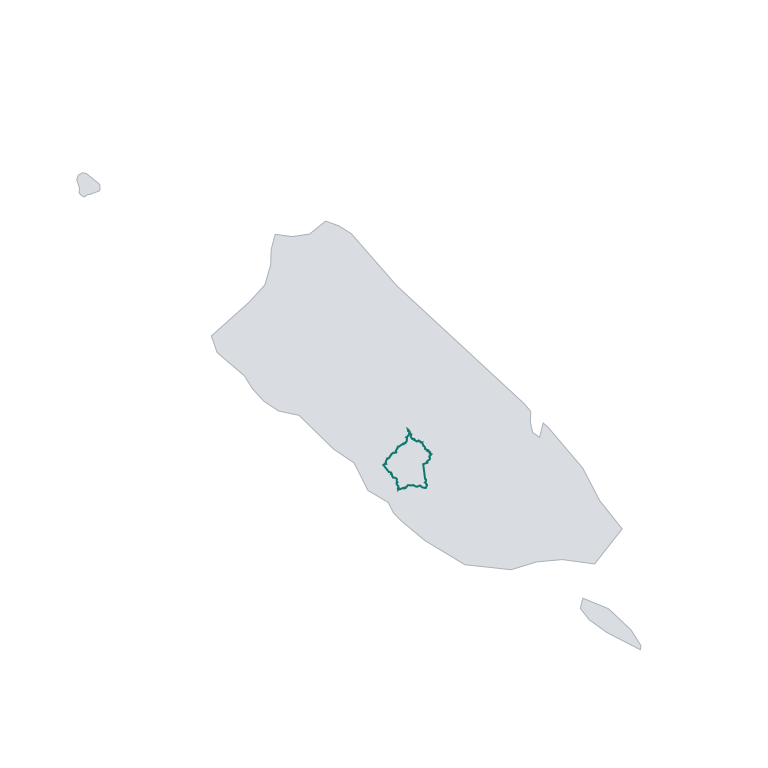 Coamo, Puerto Rico (highlighted), rotated 41°
{"feature_id": "32010507B26629522791293", "entity_name": "Coamo", "entity_type": "district", "adm_level": 2, "iso_a3": "PRI", "parent_name": "Puerto Rico", "parent_adm1": "", "projection": "robinson", "projection_center": [-66.366, 18.096], "detail": "fine", "context": "in_parent", "style": "outline", "palette": "teal", "viewbox_px": 768, "rotation_deg": 41, "n_neighbors": 0, "source": "geoboundaries", "source_scale": "gbopen_adm2", "svg_char_len": 3942}
<svg xmlns="http://www.w3.org/2000/svg" viewBox="0 0 768 768"><g transform="rotate(41 384 384)"><path d="M519.4,316.7L528.0,323.1L536.4,322.2L529.7,309.0L535.9,309.0L589.2,317.1L623.5,330.6L658.8,337.1L661.0,381.6L633.9,399.4L616.1,417.9L601.7,440.8L563.7,467.3L517.8,475.3L487.3,476.0L475.9,475.1L464.8,470.6L441.8,474.9L413.3,463.2L388.9,466.2L340.4,463.4L322.3,473.5L304.9,475.8L287.8,473.9L273.3,469.4L237.4,469.7L222.2,461.0L228.6,410.3L229.1,387.4L220.3,368.4L210.6,356.5L203.7,342.4L217.8,333.2L229.4,319.7L233.1,299.4L245.8,294.4L260.6,292.0L329.3,301.5L503.0,306.9L512.8,308.5L519.4,316.7ZM715.4,425.3L693.6,427.3L679.4,424.6L674.6,415.2L701.0,406.3L731.9,407.6L749.6,412.9L751.8,416.4L715.4,425.3ZM34.2,439.9L31.5,440.2L28.9,439.9L27.8,439.0L26.0,436.1L18.0,431.3L16.2,426.9L18.0,422.3L21.3,420.4L37.4,419.9L39.0,420.3L42.2,423.6L42.3,425.8L40.7,428.1L37.9,433.6L36.7,435.0L35.7,436.5L35.4,439.0L34.2,439.9Z" fill="#d9dde1" stroke="#a8b0b8" stroke-width="1"/><path d="M451.4,403.5L451.2,403.1L450.9,403.7L450.2,403.9L449.9,403.6L449.1,404.0L448.7,403.7L448.3,404.0L448.0,403.8L447.2,403.9L447.2,404.4L446.8,405.3L446.5,405.4L446.3,405.9L445.3,406.0L444.6,406.1L443.8,406.4L443.6,405.8L442.9,405.6L442.5,406.1L442.2,406.6L441.2,406.9L441.0,406.6L440.3,406.8L439.6,406.4L439.1,406.3L438.3,405.9L438.0,405.3L438.0,404.7L437.6,404.1L437.2,404.4L436.3,404.4L435.9,404.2L435.5,403.7L434.1,402.9L431.9,402.6L431.7,402.6L432.1,402.9L432.9,403.3L433.1,403.7L434.5,403.6L435.0,403.9L435.9,405.8L436.1,406.6L436.0,406.8L436.2,408.0L436.2,408.6L435.9,408.9L436.2,409.1L436.1,409.5L436.4,409.4L437.2,410.2L437.4,410.7L437.8,410.9L438.3,411.9L438.5,412.0L438.8,412.7L438.6,413.1L438.6,413.9L438.9,414.4L438.5,414.5L438.2,415.7L438.3,416.2L437.8,416.1L437.6,416.7L437.4,416.8L437.4,417.8L437.0,418.7L436.7,419.7L436.6,421.2L435.6,421.9L435.6,422.4L435.9,423.2L436.4,423.7L436.3,424.6L436.5,425.0L436.7,426.5L437.0,426.9L437.8,427.2L438.2,427.6L438.1,427.9L437.4,428.1L437.1,428.7L437.1,429.1L436.5,429.4L436.0,430.0L436.1,430.5L435.6,431.7L435.9,432.5L435.7,432.8L436.1,434.0L435.8,434.7L436.5,436.2L436.0,437.3L435.5,437.7L435.8,437.9L435.4,438.8L435.6,439.0L436.3,441.6L436.8,442.1L437.4,442.2L437.4,442.5L437.0,443.1L437.0,443.6L437.5,443.5L436.9,444.3L436.6,445.5L445.5,447.2L446.1,446.7L447.4,446.2L448.0,446.4L448.2,446.9L448.3,446.7L449.5,447.1L450.3,448.0L451.1,448.2L452.0,448.7L452.2,448.4L452.8,448.3L453.5,447.7L455.0,447.2L456.2,447.3L456.7,448.3L457.6,449.1L458.5,449.3L458.3,449.7L458.5,450.1L458.5,450.7L458.6,450.8L459.4,451.2L459.8,451.2L460.1,451.4L460.4,451.5L460.6,451.7L460.8,451.7L461.0,451.6L461.5,451.7L462.0,451.8L462.1,452.1L462.4,452.5L462.6,452.8L463.0,453.1L463.0,453.7L463.3,454.0L463.6,453.7L463.9,454.1L463.9,453.6L463.5,452.9L464.0,452.8L464.9,453.2L465.5,452.4L465.9,451.2L466.5,450.2L466.7,449.6L467.4,449.5L467.8,449.6L468.0,449.0L468.6,448.4L468.4,448.0L468.0,447.8L468.6,446.5L468.3,444.9L469.3,443.8L469.7,443.7L471.0,442.9L471.1,442.6L471.7,442.0L472.0,441.5L472.3,441.4L472.6,440.9L473.1,440.9L474.1,440.9L476.2,440.0L476.7,439.0L477.2,438.4L477.6,437.3L477.7,437.0L478.6,436.9L480.2,437.0L481.0,436.8L482.2,436.0L483.2,435.6L483.8,434.8L483.3,434.3L483.1,432.7L482.3,431.7L481.3,431.8L480.5,431.5L480.3,431.3L479.5,431.4L479.6,430.7L479.4,430.3L479.5,429.9L478.3,428.5L477.8,428.7L477.1,428.6L474.7,426.4L473.4,425.2L469.0,421.3L466.2,418.8L467.0,417.3L467.6,416.1L468.3,415.5L468.4,414.9L467.6,414.8L467.3,414.2L467.3,413.5L468.0,411.0L467.8,410.4L467.4,410.2L467.0,409.5L466.0,409.3L465.6,408.8L465.8,408.2L465.8,406.5L465.8,406.1L465.3,406.4L465.1,406.0L464.4,406.0L464.4,406.3L463.8,406.4L463.5,406.0L463.5,405.3L462.6,405.3L462.3,405.5L461.8,405.2L461.3,405.1L460.9,406.0L460.5,406.1L460.5,405.7L460.3,405.3L459.9,405.6L459.0,405.5L458.2,406.0L457.7,406.1L456.7,405.4L456.5,404.9L455.4,404.7L454.5,404.6L453.9,404.8L453.1,404.0L451.4,403.5Z" fill="none" stroke="#0f766e" stroke-width="2"/></g></svg>